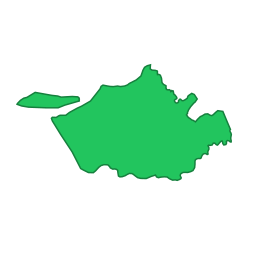 outline of Burutu, Delta, Nigeria, rotated 339°
{"feature_id": "59680162B9558481059390", "entity_name": "Burutu", "entity_type": "district", "adm_level": 2, "iso_a3": "NGA", "parent_name": "Nigeria", "parent_adm1": "Delta", "projection": "orthographic", "projection_center": [5.655, 5.239], "detail": "fine", "context": "isolated", "style": "filled", "palette": "green", "viewbox_px": 256, "rotation_deg": 339, "n_neighbors": 0, "source": "geoboundaries", "source_scale": "gbopen_adm2", "svg_char_len": 3339}
<svg xmlns="http://www.w3.org/2000/svg" viewBox="0 0 256 256"><g transform="rotate(339 128 128)"><path d="M223.1,165.9L222.8,157.4L222.5,146.5L218.0,144.0L215.5,144.8L212.4,146.1L210.7,146.5L209.0,145.3L207.6,143.4L204.9,142.6L203.3,142.9L201.6,143.2L199.6,143.3L196.1,144.8L193.2,146.4L191.7,144.4L190.4,143.3L189.3,141.4L188.1,139.8L187.3,136.7L188.6,135.8L188.8,135.7L189.2,134.6L190.0,133.9L191.0,132.8L194.2,130.5L198.4,128.3L199.8,127.9L203.0,125.7L201.9,120.5L199.9,118.5L195.8,119.5L194.8,120.4L194.0,121.5L191.3,122.1L189.8,122.3L189.2,122.2L188.3,121.9L187.8,121.0L187.4,120.0L186.9,119.7L186.2,119.8L185.7,120.2L184.8,120.8L184.4,121.9L183.8,122.2L182.8,122.2L182.0,122.0L181.7,121.6L181.4,121.1L181.1,120.1L181.1,119.3L181.4,118.7L182.3,118.3L183.4,118.2L184.1,118.0L184.4,117.4L184.4,116.4L183.7,114.0L183.0,113.1L183.1,111.6L183.4,110.1L183.4,109.8L183.4,109.5L183.3,109.3L183.1,109.2L182.2,109.5L182.0,109.3L182.0,109.0L181.9,108.7L181.7,108.8L181.4,109.3L181.0,109.4L181.0,108.5L180.8,107.7L180.2,107.0L179.0,106.8L177.7,105.8L177.9,105.1L177.7,104.1L178.2,103.5L178.6,102.1L176.8,100.1L176.0,97.8L177.1,93.5L177.1,90.3L175.9,88.9L174.7,88.7L175.0,87.5L175.7,85.9L175.7,85.2L174.0,83.9L172.7,83.3L171.2,82.6L169.9,80.8L171.1,78.1L171.6,77.1L169.4,76.9L168.8,76.8L168.0,76.8L165.2,77.3L162.6,79.5L161.3,81.1L158.7,84.1L152.9,86.1L145.2,86.9L143.1,87.6L139.8,87.6L137.4,87.0L135.8,86.6L133.3,85.1L129.1,84.1L126.2,82.8L123.8,81.4L120.0,79.0L117.8,79.5L115.9,81.5L102.6,89.4L92.4,91.0L87.7,91.3L78.9,92.5L74.5,93.8L69.1,91.8L67.9,91.8L64.8,92.4L61.2,90.9L60.0,91.5L59.9,94.3L62.9,110.2L67.3,130.3L69.3,148.9L71.6,151.6L75.1,155.4L79.6,157.3L82.3,156.4L86.7,154.2L89.4,153.4L92.3,153.6L95.9,155.1L97.0,157.4L97.2,158.9L99.0,160.9L101.0,161.5L102.3,162.4L103.2,163.8L102.5,166.4L101.9,169.4L102.9,170.7L105.2,171.4L108.4,171.5L110.4,171.1L113.0,170.9L115.6,172.1L117.1,174.4L117.3,174.8L119.2,177.8L121.8,179.6L125.2,181.0L127.0,181.7L132.3,181.5L136.8,181.8L137.1,183.9L138.6,185.3L141.0,185.6L144.5,186.6L147.0,187.8L148.6,190.3L150.9,192.6L152.2,193.0L153.6,193.4L155.2,194.5L157.8,194.5L159.3,194.2L159.8,193.5L159.7,192.4L159.7,190.9L159.8,190.8L160.7,189.7L163.3,189.2L165.2,189.8L167.8,190.9L171.0,191.2L173.4,191.0L176.0,188.9L177.5,185.9L178.6,183.1L179.3,182.0L181.0,181.4L182.9,181.7L184.5,182.4L185.5,182.2L186.3,181.2L187.4,180.1L189.1,179.2L190.5,179.4L191.8,180.1L192.4,181.1L193.4,181.0L193.8,179.0L194.9,177.7L196.0,176.7L196.5,175.0L196.3,173.3L196.9,172.9L198.7,173.7L200.5,174.0L201.1,173.5L202.1,172.7L203.4,173.2L203.6,173.2L203.9,174.0L204.5,175.3L205.4,176.0L205.7,175.9L206.0,175.8L206.9,175.3L208.4,174.5L209.7,173.8L211.1,173.7L211.3,174.4L211.0,176.2L211.1,177.3L211.4,178.2L213.5,178.5L214.6,177.4L214.9,175.9L216.2,175.3L217.6,176.1L217.8,176.2L218.0,176.7L218.4,177.6L219.2,178.0L219.7,177.2L219.9,176.0L219.9,175.7L220.3,174.2L221.1,172.8L222.1,171.2L222.3,169.6L222.1,168.6L222.0,167.2L223.0,165.9L223.1,165.9ZM92.2,85.3L92.6,83.8L92.9,83.6L92.9,83.4L92.9,83.2L92.9,82.6L93.0,82.6L93.0,82.4L92.9,82.4L92.9,82.1L92.7,81.9L92.6,81.5L92.5,81.4L92.4,81.1L92.2,80.9L87.2,78.6L76.6,75.2L73.9,73.0L68.5,70.2L54.1,61.5L44.7,63.2L41.4,62.8L37.6,63.6L34.4,65.1L33.3,65.7L32.9,66.1L36.6,69.3L42.5,72.8L59.3,80.0L70.0,84.1L77.2,84.0L92.2,85.3Z" fill="#22c55e" stroke="#15803d" stroke-width="1.5"/></g></svg>